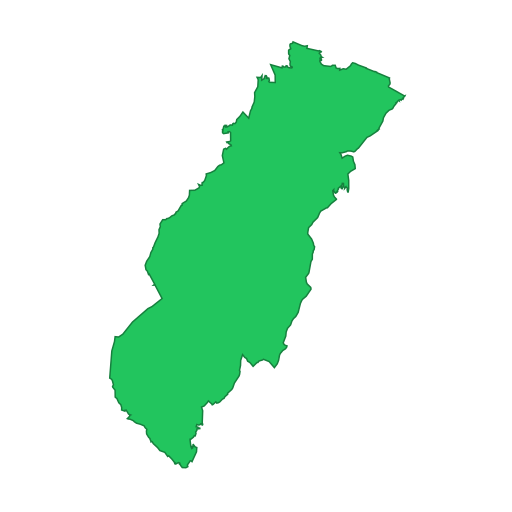 Cazanesti, Mehedinti, Romania (Equal Earth projection), rotated 274°
{"feature_id": "2599482B25744085941733", "entity_name": "Cazanesti", "entity_type": "district", "adm_level": 2, "iso_a3": "ROU", "parent_name": "Romania", "parent_adm1": "Mehedinti", "projection": "equal_earth", "projection_center": [22.915, 44.698], "detail": "fine", "context": "isolated", "style": "filled", "palette": "green", "viewbox_px": 512, "rotation_deg": 274, "n_neighbors": 0, "source": "geoboundaries", "source_scale": "gbopen_adm2", "svg_char_len": 6083}
<svg xmlns="http://www.w3.org/2000/svg" viewBox="0 0 512 512"><g transform="rotate(274 256 256)"><path d="M455.5,338.9L453.9,337.6L452.5,337.1L448.6,332.9L448.9,330.0L447.2,326.5L449.0,326.6L448.7,324.5L449.1,322.8L451.8,321.7L451.6,318.9L450.7,318.1L450.3,316.9L450.6,310.3L452.0,307.8L454.8,306.0L455.7,306.1L455.6,307.5L455.9,307.7L456.9,307.5L457.3,306.1L457.8,306.0L458.3,307.1L458.7,306.9L458.9,308.1L459.3,307.3L461.3,306.4L462.7,304.9L464.0,305.8L463.9,306.5L464.3,306.9L464.7,306.5L465.3,304.8L464.9,304.2L466.7,292.3L469.3,292.5L468.6,289.9L469.1,287.0L472.2,278.0L470.8,277.7L470.0,275.5L469.0,275.1L467.3,275.3L465.3,276.2L464.9,276.1L464.3,274.8L463.5,274.2L460.4,274.4L459.5,274.7L458.5,275.7L455.1,275.1L452.3,276.7L449.9,276.5L448.1,276.9L447.7,277.2L447.4,278.6L446.7,279.0L446.1,278.6L446.1,275.9L446.7,274.1L447.7,274.0L447.9,272.8L446.7,272.3L446.4,270.7L447.3,269.7L447.3,269.0L445.5,268.8L447.9,257.3L437.8,262.5L430.4,263.1L430.2,257.3L431.0,256.6L431.8,257.1L434.3,256.5L434.5,255.6L434.0,255.2L434.3,254.7L433.9,254.4L433.9,254.0L435.4,254.3L436.0,254.0L435.9,253.3L436.6,253.4L436.6,252.6L435.7,252.6L435.3,252.1L433.5,251.8L431.8,249.4L436.4,249.4L434.4,248.2L434.3,244.6L432.1,245.9L425.0,246.0L418.9,243.2L415.0,243.7L409.4,243.5L404.3,241.6L403.0,241.6L400.5,240.4L393.0,239.1L398.7,232.9L394.3,230.3L390.8,227.3L388.1,226.9L386.6,225.8L386.8,224.2L386.2,223.6L385.0,223.4L384.9,221.1L383.4,219.4L383.3,218.3L382.7,218.2L382.5,216.7L383.1,216.5L384.2,217.1L384.2,215.9L383.2,215.5L383.2,214.8L380.0,214.3L379.8,213.8L379.1,214.2L378.8,213.9L377.9,214.2L377.6,213.9L376.6,214.1L375.8,215.1L376.9,219.7L377.9,219.4L378.3,220.7L377.4,222.0L369.2,222.7L368.4,221.9L367.7,218.8L367.1,219.2L367.4,219.8L366.1,221.1L365.3,223.2L364.2,223.7L363.8,222.4L362.8,221.1L360.4,219.1L361.3,218.2L360.3,216.3L353.8,215.4L346.7,217.5L344.6,215.1L344.0,213.3L342.6,211.7L338.4,208.9L336.1,205.1L334.4,200.6L332.7,200.9L327.8,199.6L325.6,198.1L325.6,197.3L325.2,197.1L322.8,197.3L322.7,195.6L323.4,193.7L321.5,194.8L320.1,194.5L317.3,190.4L316.8,185.2L312.0,185.3L309.4,184.6L305.9,182.6L303.2,178.7L301.5,178.7L301.2,177.9L295.5,175.1L294.1,173.1L292.6,172.9L292.3,172.2L291.4,171.8L290.2,169.3L288.3,167.3L287.4,165.8L287.1,164.4L285.9,163.4L285.7,160.4L281.2,158.0L278.5,158.5L275.5,157.4L271.9,157.8L268.3,156.9L262.4,154.5L257.7,153.1L257.1,152.5L255.6,152.6L252.1,150.9L248.0,150.1L243.1,147.3L239.0,146.1L234.7,147.2L233.3,148.7L230.5,149.9L231.0,150.1L230.9,150.5L220.8,156.9L219.8,155.9L220.0,157.3L207.0,165.3L198.3,155.8L196.0,151.9L181.5,137.4L168.7,128.6L165.6,124.6L165.7,121.1L160.7,120.8L151.2,118.8L124.0,118.6L123.0,120.5L121.7,121.4L117.5,122.8L115.9,122.0L115.1,122.3L112.3,124.8L105.4,125.4L104.1,127.2L100.0,129.4L98.3,131.5L95.4,132.6L93.0,132.7L92.1,136.0L92.9,135.9L93.2,137.3L89.4,139.9L88.7,142.0L88.2,141.1L87.3,141.1L84.8,139.0L84.5,139.9L84.4,141.8L83.1,145.3L82.3,146.0L80.9,148.4L80.1,152.4L78.8,156.2L77.0,157.4L75.5,159.2L73.7,158.9L70.9,159.3L67.6,161.6L66.5,163.0L65.4,163.2L64.3,164.1L63.3,164.1L63.5,165.4L61.7,166.6L58.0,171.2L55.2,173.7L53.8,178.7L49.9,181.9L50.6,182.8L47.6,186.2L44.9,188.7L43.4,189.4L43.9,189.8L42.9,190.5L44.5,192.9L44.4,193.5L43.4,194.0L43.9,194.4L41.8,195.4L39.8,197.2L39.9,200.8L41.1,202.7L42.7,202.1L47.1,204.7L47.0,205.8L46.4,206.5L56.5,210.3L60.8,210.3L61.2,208.8L64.0,206.2L61.6,207.1L61.4,206.7L62.1,206.3L61.7,205.5L60.0,206.1L59.4,205.3L61.4,204.3L68.1,203.0L68.6,203.1L68.4,203.5L70.9,206.2L72.4,207.0L72.3,207.9L74.8,208.5L76.3,208.1L77.8,209.1L79.3,209.1L79.9,212.0L80.4,211.9L80.5,210.2L81.2,210.0L81.5,208.2L83.8,208.7L83.4,210.4L83.5,211.1L84.0,212.1L84.7,212.4L85.0,213.6L83.8,213.8L83.7,214.4L84.3,214.6L86.0,214.0L97.9,213.6L101.5,212.2L102.8,214.8L106.3,217.6L108.1,218.6L105.3,222.2L104.5,222.7L104.9,223.5L107.7,226.1L106.5,227.1L107.0,228.7L108.0,230.1L110.9,232.5L111.7,234.0L113.5,234.8L116.1,237.4L117.1,237.2L121.1,241.1L122.8,242.0L127.7,243.3L135.2,247.5L136.9,247.9L139.8,248.1L140.8,247.5L145.7,248.2L150.8,248.0L156.7,249.5L154.0,251.9L153.1,253.7L150.5,255.0L149.3,257.4L145.7,260.8L149.8,264.4L149.9,265.3L151.5,266.4L152.7,269.7L153.5,270.6L151.6,276.5L145.9,282.1L149.9,284.7L153.5,285.8L158.8,286.4L160.4,287.0L163.6,289.3L165.5,291.9L167.1,292.9L168.5,293.2L169.0,291.2L169.7,290.2L171.3,289.2L178.2,291.3L182.4,291.4L186.1,292.5L189.7,295.3L193.8,296.4L196.2,297.8L198.4,299.9L202.7,302.0L211.8,303.6L215.0,304.8L216.1,305.5L219.4,308.9L226.8,313.2L228.5,312.8L231.7,309.0L233.4,308.1L238.2,307.0L242.3,309.7L243.5,310.0L254.3,311.2L256.7,312.4L262.0,312.1L263.5,312.7L265.5,312.8L266.3,313.5L269.4,313.8L270.6,312.8L272.8,312.3L276.8,310.3L281.5,306.1L283.2,306.0L288.0,306.5L291.2,309.4L293.6,310.4L298.6,314.8L303.5,316.5L305.3,317.5L308.8,322.7L309.1,323.9L313.5,327.3L317.9,332.1L318.3,332.3L320.5,330.0L322.3,329.0L326.5,328.0L327.6,328.9L326.4,328.9L324.3,330.6L324.2,331.1L324.7,331.7L325.5,331.8L325.3,332.4L326.2,333.0L327.0,332.7L328.7,333.6L329.3,333.3L332.0,336.1L331.2,336.5L330.8,336.0L329.8,336.1L329.1,337.0L329.2,337.5L332.6,336.8L334.5,337.0L334.5,338.2L330.9,338.7L330.2,339.6L330.6,340.0L329.8,339.9L331.3,341.0L330.8,341.2L330.5,341.9L329.9,342.5L328.5,342.3L326.3,343.0L326.3,343.5L329.8,343.8L338.0,343.2L344.2,341.9L347.0,344.4L350.1,348.9L354.0,348.3L357.2,346.6L361.5,345.6L362.3,344.0L362.9,340.2L361.7,337.8L359.6,335.1L363.0,333.8L364.9,332.4L364.9,334.5L366.4,338.9L367.2,340.0L367.3,343.4L366.7,346.3L367.3,347.4L370.3,349.9L370.7,350.6L382.1,358.4L383.8,361.5L389.3,368.5L389.4,368.0L390.3,368.6L391.3,370.1L392.0,369.7L399.4,373.1L402.8,373.5L407.5,375.7L410.8,378.7L412.1,381.5L412.9,382.2L414.8,383.0L417.8,385.1L418.7,385.0L418.8,385.8L420.0,386.2L421.1,387.5L420.9,387.8L421.4,387.6L422.1,389.1L421.5,389.9L423.1,391.1L422.7,391.7L423.7,392.1L424.1,391.8L425.9,393.3L426.2,393.4L426.0,393.0L433.8,376.5L434.8,376.2L436.8,377.6L438.0,377.7L442.0,376.6L442.9,376.8L447.4,363.6L447.8,363.6L448.4,361.7L448.1,361.4L450.9,352.8L451.3,352.9L453.6,344.8L455.0,341.6L455.5,338.9Z" fill="#22c55e" stroke="#15803d" stroke-width="1.5"/></g></svg>